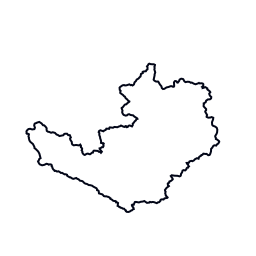 the district of Espinar, Cusco, Peru, rotated 121°
{"feature_id": "86281439B7669862240315", "entity_name": "Espinar", "entity_type": "district", "adm_level": 2, "iso_a3": "PER", "parent_name": "Peru", "parent_adm1": "Cusco", "projection": "robinson", "projection_center": [-71.342, -14.994], "detail": "fine", "context": "isolated", "style": "outline", "palette": "ink", "viewbox_px": 256, "rotation_deg": 121, "n_neighbors": 0, "source": "geoboundaries", "source_scale": "gbopen_adm2", "svg_char_len": 5834}
<svg xmlns="http://www.w3.org/2000/svg" viewBox="0 0 256 256"><g transform="rotate(121 128 128)"><path d="M92.4,43.1L92.0,45.7L92.2,47.0L91.1,47.7L90.6,48.7L90.0,49.1L87.3,49.1L85.8,49.4L83.4,50.6L82.1,52.1L81.9,54.0L82.3,56.4L81.9,57.5L79.8,59.0L76.8,59.5L75.3,60.2L75.6,62.0L76.6,62.8L77.8,64.5L78.0,66.3L77.6,66.6L76.1,66.9L74.3,70.2L73.3,70.4L72.5,70.2L71.5,70.8L70.5,74.3L69.2,75.1L68.4,75.2L67.9,75.8L66.0,74.7L64.3,75.1L62.3,74.2L61.3,72.6L59.9,72.0L58.5,72.6L58.1,74.5L57.0,75.9L56.7,76.1L54.9,75.9L54.4,77.0L54.1,79.7L53.8,80.2L53.2,80.4L53.1,82.7L53.5,83.3L54.3,83.6L55.2,84.5L54.7,84.7L54.6,85.7L53.4,85.3L52.4,85.5L51.6,86.1L51.4,86.9L51.8,88.0L52.9,89.6L52.8,90.4L53.4,90.7L55.7,92.6L56.1,94.3L56.2,96.8L56.9,97.5L56.8,99.0L57.6,100.7L59.1,102.4L58.9,103.8L57.7,105.8L58.1,107.3L58.5,107.9L59.9,108.7L61.3,108.4L63.5,108.7L63.7,109.3L63.0,110.5L63.4,111.7L63.7,112.0L65.2,112.1L68.3,110.0L69.0,110.0L69.5,110.6L69.6,112.0L70.3,113.1L71.9,114.3L73.4,115.9L75.7,117.0L76.6,118.1L76.3,119.6L75.0,120.9L74.3,123.0L72.7,125.9L72.7,126.3L73.3,127.0L73.8,128.2L73.8,129.8L73.4,130.9L69.2,132.3L68.4,132.8L66.3,133.3L64.2,135.6L62.9,136.0L62.0,136.9L60.9,137.0L60.0,137.4L60.1,138.7L61.5,141.2L61.9,142.9L62.7,143.3L64.3,143.2L65.4,143.5L66.0,142.5L67.7,141.5L68.8,142.0L70.1,141.9L71.8,144.0L72.4,144.3L73.3,143.6L75.0,144.7L77.4,143.8L78.5,144.2L80.3,144.5L82.0,145.5L83.7,145.4L85.5,145.9L87.4,145.4L88.2,145.5L89.2,146.0L89.2,147.1L89.9,147.7L89.9,149.3L92.2,151.3L93.1,152.5L93.2,153.5L94.3,154.7L97.0,155.9L97.8,156.0L99.6,154.7L100.0,153.4L101.2,153.2L102.0,152.6L102.3,149.1L102.8,147.7L102.7,146.8L103.7,145.3L103.9,143.4L104.5,142.0L104.5,140.5L104.8,140.4L107.2,141.4L108.5,141.6L109.1,142.4L109.8,142.8L113.1,143.2L114.0,143.8L114.3,143.7L116.0,141.6L117.4,141.2L118.4,140.0L119.0,138.5L118.6,136.4L117.7,135.4L116.6,135.1L115.6,134.2L115.5,132.5L114.5,130.0L114.9,128.7L115.0,125.0L115.3,124.6L116.1,125.3L117.6,125.2L118.7,125.7L120.6,125.8L121.8,126.2L123.0,125.4L124.6,125.4L124.9,127.7L125.3,128.3L126.0,128.7L127.3,128.8L128.0,129.5L127.9,130.1L127.4,130.3L127.4,130.6L127.7,131.2L128.8,131.4L129.2,132.6L129.5,135.3L130.5,135.7L131.3,136.5L132.8,137.5L134.1,140.2L135.5,141.0L136.8,143.9L137.2,144.1L138.4,143.7L139.7,146.2L141.3,146.2L142.2,147.0L143.5,147.4L144.2,150.5L145.3,151.2L146.7,151.0L147.2,149.8L148.7,149.1L150.1,147.3L151.1,146.6L152.4,145.0L153.4,144.1L154.7,143.5L154.7,143.3L153.7,141.3L153.9,140.7L155.2,140.6L155.9,139.7L157.4,139.6L158.0,140.6L159.3,141.1L160.1,141.9L160.6,141.5L161.8,138.2L163.2,138.4L162.8,139.7L163.4,140.6L163.2,142.1L164.9,145.5L165.7,145.8L167.1,145.4L167.6,146.1L169.9,146.9L170.3,147.5L170.6,149.2L171.5,150.2L173.3,151.1L173.5,151.5L173.4,152.8L172.6,154.5L171.6,155.0L171.0,156.3L170.2,156.3L169.4,156.6L168.9,157.5L168.8,158.4L167.4,159.2L166.8,160.4L168.1,160.9L169.3,163.8L170.8,165.6L170.8,167.3L170.1,168.2L168.9,169.0L167.9,171.2L167.1,172.1L166.7,172.3L165.6,172.1L164.1,174.2L164.9,175.6L164.3,177.3L165.3,179.0L166.0,179.6L167.5,179.7L170.2,182.6L170.1,184.5L170.4,185.9L169.8,188.1L170.4,190.3L171.7,191.5L171.9,193.4L172.4,194.6L172.3,196.1L171.3,197.0L170.1,197.6L169.3,199.4L168.9,201.3L169.4,202.3L168.6,204.4L168.5,207.2L170.4,208.9L170.8,209.0L171.9,210.0L172.4,210.2L173.1,210.1L174.2,209.7L175.7,207.9L177.2,207.7L178.6,209.4L179.1,211.5L180.2,212.8L182.4,213.4L183.4,213.2L184.0,212.6L184.8,212.3L185.0,211.7L184.4,210.5L184.4,209.7L186.6,208.9L187.3,207.9L188.0,207.6L189.5,206.0L190.2,204.5L190.7,201.2L192.4,198.5L193.4,197.8L193.5,196.4L194.4,192.9L195.6,190.8L198.9,187.4L200.2,188.1L202.3,187.7L202.9,188.0L203.1,187.8L204.3,185.8L204.6,184.7L204.2,182.4L202.6,180.7L200.7,179.5L200.2,178.2L200.3,177.1L199.3,176.2L198.9,174.9L199.2,174.1L200.2,173.7L200.5,172.7L201.4,171.9L202.0,170.7L202.2,169.4L202.6,168.8L201.9,167.9L201.9,166.4L200.9,165.3L200.9,163.4L201.1,162.4L200.4,161.4L200.4,158.5L199.8,157.7L199.5,156.6L199.5,156.2L200.2,155.7L200.3,155.3L200.3,152.5L199.9,152.0L200.0,149.6L199.7,148.6L197.5,146.6L197.7,145.3L197.4,144.0L197.9,142.1L197.1,140.0L197.1,139.1L197.7,136.9L197.6,135.7L197.1,134.4L197.1,132.2L196.5,131.1L195.9,128.9L196.1,127.7L195.9,124.0L196.4,123.1L197.2,122.5L196.9,121.8L197.1,120.7L199.0,119.2L198.1,115.7L198.8,113.6L198.4,112.4L197.6,111.2L197.5,110.1L197.2,109.6L197.1,108.1L197.4,107.4L197.3,106.9L197.8,106.6L197.7,104.7L198.0,103.6L197.7,102.1L197.2,101.5L197.1,100.4L197.9,99.9L197.3,98.7L197.4,97.9L200.1,96.8L199.9,96.1L200.2,95.1L199.9,94.4L200.2,93.5L199.7,92.2L199.8,91.0L199.2,89.8L199.7,88.6L199.7,87.4L200.4,87.0L200.5,85.8L199.6,84.2L198.2,83.2L197.1,82.8L196.5,82.2L195.2,81.9L194.5,81.3L193.4,82.4L193.0,83.9L192.1,85.0L191.4,84.8L190.9,83.6L188.0,84.0L187.3,83.2L186.2,80.3L184.7,79.1L183.4,77.4L182.2,76.4L182.4,73.2L180.9,71.3L180.3,71.3L180.0,71.1L179.7,69.8L178.9,69.1L178.2,67.7L177.6,64.6L176.1,63.9L175.8,63.3L175.5,63.1L173.8,62.7L173.3,63.0L172.6,63.0L171.6,62.1L171.0,60.7L169.6,60.5L167.6,58.3L167.1,58.3L166.7,60.2L166.4,60.4L166.3,61.0L165.4,61.7L164.8,62.5L163.3,62.9L162.9,63.7L162.1,64.4L159.4,64.1L156.7,63.0L156.5,63.4L156.5,64.3L155.2,65.3L154.9,65.3L153.6,64.5L152.6,65.0L151.0,63.8L149.0,63.2L148.4,63.7L147.1,66.6L146.0,66.2L144.8,63.3L143.5,61.0L142.9,58.9L142.1,58.3L141.4,58.3L140.1,58.9L138.1,58.8L136.4,59.3L135.4,58.6L135.0,57.2L133.5,56.7L132.7,57.0L131.8,56.9L131.2,56.6L130.9,56.1L130.4,56.3L129.5,56.0L129.2,56.9L128.5,57.6L128.2,59.1L127.7,59.7L126.6,58.1L126.2,57.9L125.1,58.1L124.4,57.6L123.5,56.7L123.3,55.7L121.8,54.8L120.2,54.5L118.3,53.3L118.0,51.7L116.4,52.1L115.4,51.9L114.6,51.2L113.4,51.2L112.7,50.4L111.2,50.2L110.3,48.1L109.7,47.3L110.0,45.2L109.1,44.2L107.8,44.2L105.3,44.8L103.1,46.0L101.3,45.6L99.8,45.7L98.7,45.3L98.2,44.8L97.6,43.3L96.2,43.3L94.8,42.6L92.8,42.7L92.4,43.1Z" fill="none" stroke="#020617" stroke-width="2"/></g></svg>